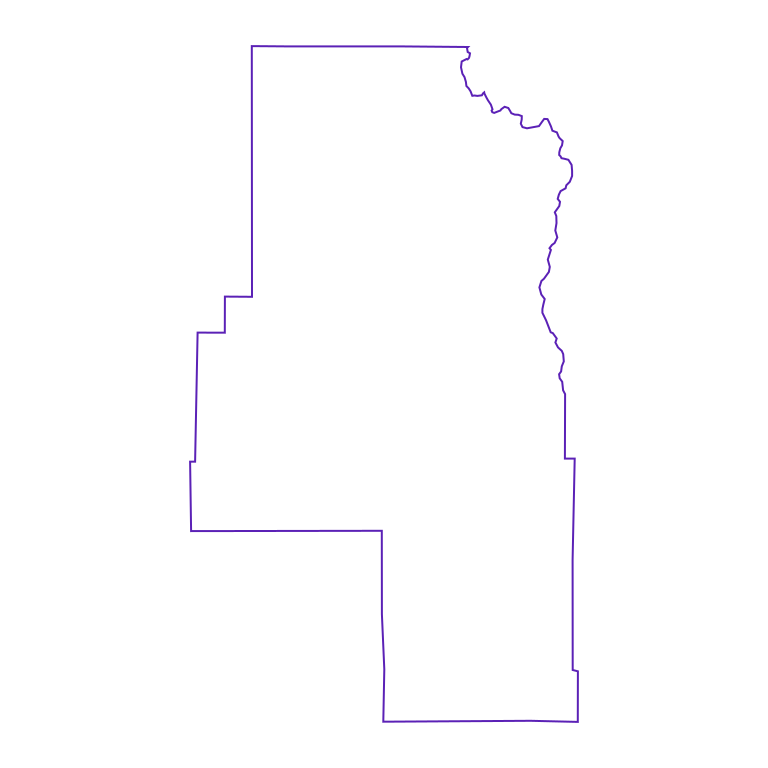 outline of Routt, Colorado, United States of America
{"feature_id": "52423323B89811146256412", "entity_name": "Routt", "entity_type": "district", "adm_level": 2, "iso_a3": "USA", "parent_name": "United States of America", "parent_adm1": "Colorado", "projection": "albers", "projection_center": [-106.78, 40.461], "detail": "fine", "context": "isolated", "style": "outline", "palette": "violet", "viewbox_px": 768, "rotation_deg": 0, "n_neighbors": 0, "source": "geoboundaries", "source_scale": "gbopen_adm2", "svg_char_len": 1718}
<svg xmlns="http://www.w3.org/2000/svg" viewBox="0 0 768 768"><path d="M468.0,47.0L400.9,46.4L287.8,46.4L251.8,46.1L252.0,296.8L224.9,296.6L224.8,332.7L197.6,332.6L195.1,461.7L190.1,461.7L191.1,531.1L381.8,530.8L381.9,614.2L384.3,669.3L383.3,721.7L530.7,720.8L577.8,721.9L577.8,718.1L577.9,671.3L572.7,670.0L572.6,559.8L574.7,458.6L564.9,458.6L565.1,394.1L563.1,390.3L562.2,381.8L559.7,378.3L559.1,374.2L561.1,371.5L561.8,366.3L563.8,361.4L563.2,354.1L561.8,350.9L558.0,347.4L555.4,342.5L556.7,338.5L552.8,333.1L550.7,332.3L549.5,329.2L546.1,320.4L542.4,312.8L542.4,309.1L543.3,304.7L544.7,299.0L541.3,294.5L539.4,287.4L541.4,281.0L544.0,278.7L548.9,271.9L549.8,266.9L547.8,259.6L550.9,249.9L549.5,248.2L551.9,245.0L554.6,243.0L557.3,237.4L555.3,230.5L556.5,223.1L556.3,216.0L554.8,212.3L559.3,206.0L560.0,201.8L557.7,198.9L558.9,194.6L560.6,191.1L565.6,188.3L566.3,185.3L569.8,181.8L572.1,176.0L572.1,170.9L571.6,164.9L568.4,159.8L564.1,158.7L561.5,158.2L560.6,156.4L559.2,155.0L559.3,152.3L560.3,148.3L562.0,145.4L562.7,141.1L559.6,138.1L558.6,136.6L556.9,132.4L552.4,130.7L551.0,126.5L548.8,121.6L547.5,119.1L544.2,118.9L542.1,121.7L539.0,126.1L527.0,128.3L522.5,127.1L520.8,123.7L521.7,119.6L521.8,116.1L518.4,114.8L514.7,114.6L511.3,113.2L510.3,111.3L508.3,108.0L504.6,106.8L501.3,109.2L500.4,110.5L497.5,111.6L494.2,112.9L492.3,112.2L491.6,110.6L492.5,109.3L490.9,104.7L487.9,100.2L486.4,97.5L484.4,93.5L484.2,92.4L483.0,93.4L481.9,95.3L477.4,95.9L474.5,95.5L472.3,95.8L471.9,94.8L470.6,91.4L468.7,88.4L466.4,86.0L465.9,81.9L464.5,77.1L462.4,73.7L461.0,67.3L461.7,61.5L466.6,59.0L467.6,59.4L469.0,57.9L469.5,56.2L470.0,53.3L467.7,52.0L467.0,48.0L468.0,47.0Z" fill="none" stroke="#5b21b6" stroke-width="2"/></svg>